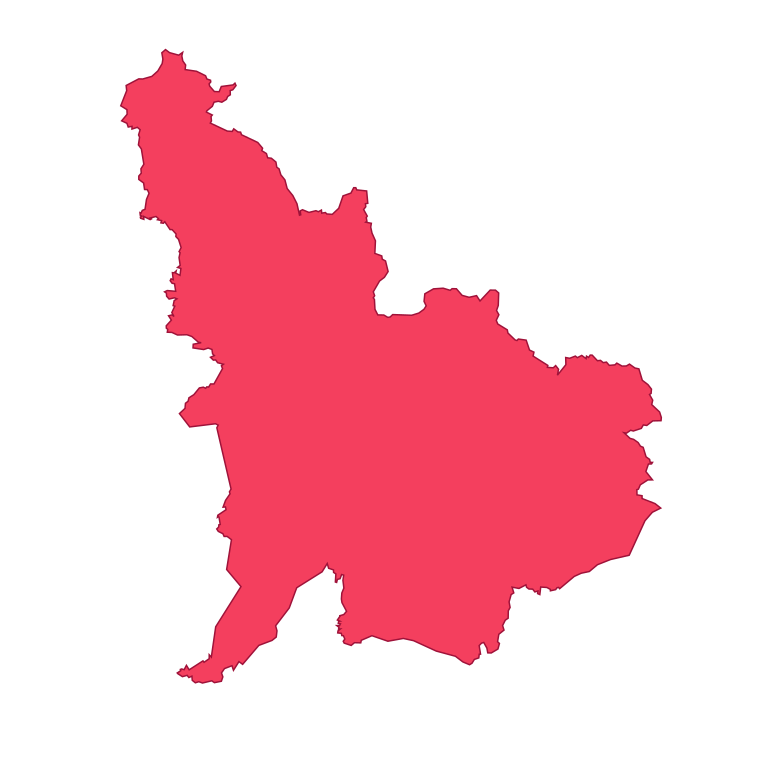 outline of Tecolotlán, Jalisco, Mexico, rotated 5°
{"feature_id": "50627088B33659977018142", "entity_name": "Tecolotlán", "entity_type": "district", "adm_level": 2, "iso_a3": "MEX", "parent_name": "Mexico", "parent_adm1": "Jalisco", "projection": "mercator", "projection_center": [-104.055, 20.276], "detail": "fine", "context": "isolated", "style": "filled", "palette": "rose", "viewbox_px": 768, "rotation_deg": 5, "n_neighbors": 0, "source": "geoboundaries", "source_scale": "gbopen_adm2", "svg_char_len": 6145}
<svg xmlns="http://www.w3.org/2000/svg" viewBox="0 0 768 768"><g transform="rotate(5 384 384)"><path d="M125.9,97.8L117.0,101.2L113.1,101.4L101.1,109.1L102.1,114.2L97.5,129.8L104.0,133.1L104.6,137.7L99.7,144.7L105.2,146.7L106.8,150.3L110.5,149.3L110.7,152.0L115.9,149.8L118.9,151.9L117.8,157.3L119.0,159.4L118.5,167.2L121.8,171.0L125.6,186.0L123.1,190.8L123.8,195.1L121.6,198.2L121.9,201.6L127.0,204.7L128.5,211.1L131.3,211.0L133.3,214.5L131.3,220.8L130.7,230.8L128.1,232.1L127.0,235.0L126.0,234.6L126.5,237.2L128.2,237.9L126.7,239.0L127.1,240.1L130.4,240.9L130.0,238.0L136.7,240.6L137.9,239.8L136.6,239.0L142.3,237.0L144.9,238.9L144.0,240.1L148.2,240.6L147.7,242.9L150.2,243.1L151.5,241.5L157.4,248.8L159.5,248.7L163.8,252.7L163.8,255.3L166.7,257.8L170.0,265.8L168.3,270.0L169.4,271.0L168.8,275.9L170.6,283.6L168.2,285.9L171.6,286.6L171.3,293.5L166.8,291.7L167.1,289.5L165.2,291.5L163.5,291.5L164.9,298.4L162.7,297.8L162.0,299.7L164.1,302.1L166.6,302.4L168.4,309.8L159.9,309.8L157.4,311.3L159.3,312.4L159.8,315.5L162.5,318.1L167.7,316.4L170.3,317.2L167.7,319.2L167.1,324.3L168.8,324.7L166.4,331.3L168.9,335.1L166.9,333.6L163.4,334.8L166.6,338.9L162.0,345.0L162.3,347.4L163.8,348.4L163.6,351.3L168.2,351.1L174.0,353.2L183.4,352.1L188.4,353.4L195.4,358.5L198.3,358.8L190.5,361.0L190.6,364.7L201.4,365.4L205.7,363.5L209.6,364.6L210.6,368.9L212.5,370.5L208.8,372.5L211.9,375.1L214.2,374.7L216.4,377.3L222.3,378.3L220.4,380.0L221.8,382.7L214.6,398.8L211.2,399.1L209.6,402.3L207.7,402.3L206.7,403.8L204.3,402.9L200.4,404.0L195.5,411.2L190.9,414.7L190.3,418.3L187.9,420.5L187.9,425.6L182.8,431.3L194.2,443.7L219.6,438.3L222.4,439.4L221.3,442.2L240.8,502.0L239.4,504.9L240.2,506.8L236.3,513.7L234.4,520.7L236.8,520.3L237.6,523.0L229.9,529.2L229.7,531.3L230.7,530.5L231.3,531.3L233.1,538.2L231.8,538.6L231.7,541.0L230.0,543.0L231.8,545.3L236.6,547.2L238.0,549.8L241.0,549.5L245.6,552.4L243.4,582.5L259.2,598.3L237.5,640.5L235.8,671.1L233.5,669.0L233.8,672.9L229.0,676.9L227.8,675.6L214.8,685.7L211.7,681.5L209.8,686.0L207.3,685.5L206.0,686.1L206.5,687.3L203.2,689.9L203.9,690.6L208.7,693.1L213.3,691.4L215.2,693.4L218.1,691.8L218.8,695.9L222.1,698.1L225.5,696.7L229.2,697.7L238.3,694.7L241.1,696.3L247.9,694.3L249.0,689.8L247.3,686.0L249.9,681.4L257.1,677.9L259.0,682.3L263.7,673.2L267.6,675.6L282.1,655.3L294.8,649.2L298.7,645.5L298.9,639.2L297.1,634.3L309.1,615.4L314.8,594.6L338.7,576.5L343.1,567.8L344.9,572.4L349.9,573.6L350.2,576.1L352.6,577.4L352.8,585.5L354.1,585.8L354.6,582.7L357.2,581.8L358.4,577.5L360.5,577.9L360.2,583.2L361.8,590.8L360.2,595.9L360.3,601.9L361.2,605.5L366.5,613.7L364.0,617.2L359.6,618.9L360.5,619.0L358.1,623.2L360.7,624.1L359.5,624.4L359.3,626.5L361.5,626.7L360.8,628.5L358.1,628.8L360.3,630.3L360.1,632.0L361.9,631.8L359.7,633.9L359.6,636.0L363.2,636.1L363.9,638.3L365.5,638.3L367.2,641.5L365.8,643.8L366.9,645.6L374.1,647.3L377.1,644.3L383.4,643.9L383.7,641.3L393.9,635.8L410.3,639.9L425.4,635.8L435.8,637.1L459.3,645.5L478.9,649.0L486.8,654.0L493.7,656.2L496.0,654.5L498.0,650.5L502.3,648.6L502.4,644.9L503.7,644.7L501.6,636.3L503.7,633.7L505.9,632.8L509.5,638.1L510.8,642.8L514.3,642.6L520.6,638.1L521.6,632.4L519.6,630.8L520.2,623.3L525.0,618.7L523.2,614.3L525.4,608.7L528.1,606.5L527.6,599.1L529.1,595.6L527.6,590.2L529.0,582.7L531.5,580.8L529.3,575.2L536.3,575.9L542.9,571.7L543.7,574.0L546.2,575.6L550.0,575.4L552.4,578.0L555.4,576.8L555.3,579.4L557.6,580.2L557.8,572.6L564.0,572.5L567.6,574.1L567.8,575.5L572.9,573.9L574.2,571.8L575.7,571.4L576.8,572.6L590.3,559.1L597.0,555.3L604.9,552.9L612.4,545.4L625.0,539.1L643.2,533.2L655.9,497.5L662.5,488.4L670.5,483.5L664.4,479.5L651.1,475.6L650.8,472.8L645.7,472.4L645.1,467.2L646.6,466.6L648.1,462.1L655.1,456.6L659.8,456.1L652.5,448.4L654.4,440.7L657.5,440.3L658.3,438.7L656.0,438.8L655.2,436.0L651.4,433.7L647.7,424.5L644.9,423.6L642.3,420.2L637.5,417.4L633.8,416.7L627.3,411.6L629.9,411.8L633.7,408.6L636.5,409.1L644.2,405.8L645.9,402.2L649.4,402.4L655.0,397.3L663.2,396.4L663.2,393.2L661.0,387.9L652.5,381.2L653.1,376.7L649.4,371.3L650.9,370.1L650.9,365.8L647.0,361.6L641.0,357.8L636.6,346.7L632.6,346.2L626.8,342.8L623.9,344.9L619.6,345.4L614.1,342.9L612.4,344.8L606.8,345.8L603.7,342.8L600.5,343.6L597.6,341.6L594.6,342.2L588.9,337.1L586.9,337.2L585.5,339.7L583.3,338.6L583.1,341.1L578.5,338.3L574.3,340.9L572.2,339.5L566.7,342.2L562.7,341.8L563.5,348.9L556.0,360.1L556.6,354.1L553.4,350.7L551.2,353.1L545.3,353.2L545.6,351.2L530.1,343.2L530.6,339.2L526.0,337.5L521.8,327.9L513.9,327.5L512.7,329.1L510.8,328.7L503.0,322.4L502.1,319.3L492.1,314.3L490.3,310.8L492.4,305.0L489.7,301.0L491.0,295.8L490.3,283.3L486.9,280.8L481.6,281.2L472.4,292.9L468.5,287.9L461.2,290.2L454.1,288.9L447.8,282.8L443.5,283.1L441.8,284.9L434.6,283.4L425.0,284.9L416.8,290.6L416.7,298.2L419.2,302.5L417.3,306.1L412.5,310.3L405.6,313.1L386.6,314.1L384.3,316.7L382.0,317.3L377.8,315.3L371.8,315.7L368.5,310.4L367.1,300.6L365.8,299.1L367.0,296.9L365.3,293.1L370.6,281.8L375.1,277.7L378.3,271.6L374.8,261.3L371.4,259.8L370.6,256.6L363.5,254.7L363.0,242.1L358.9,234.7L357.1,228.9L357.4,225.0L351.7,224.4L352.8,223.3L351.8,219.8L352.7,218.2L348.5,212.0L350.4,209.0L349.8,206.0L352.1,205.4L349.9,193.2L339.9,193.0L338.8,190.9L336.7,191.1L334.4,196.7L326.8,200.1L323.6,212.9L317.7,219.5L312.2,219.6L310.7,218.3L307.1,219.2L306.5,216.2L303.6,218.1L301.1,217.3L294.3,219.6L287.6,217.5L285.4,218.9L286.3,222.7L285.1,223.2L281.6,212.0L276.8,204.3L270.5,197.7L267.5,189.3L263.0,184.6L260.7,178.8L258.3,177.4L257.0,172.3L252.1,168.9L248.4,168.8L246.8,164.7L241.9,162.2L242.5,159.7L237.2,154.4L220.3,148.1L219.2,145.6L216.5,145.6L212.1,142.9L210.8,145.6L205.9,145.7L188.2,139.2L189.2,137.0L188.4,132.6L189.5,131.0L183.4,128.6L183.6,127.4L188.8,122.3L190.1,118.1L194.3,116.8L197.9,117.4L202.2,114.2L203.2,111.2L205.7,109.3L205.2,105.1L207.7,104.1L210.6,99.6L209.3,97.3L207.6,99.2L196.0,101.8L194.3,107.2L189.5,107.4L184.4,102.5L183.6,100.3L185.1,98.2L184.7,96.5L181.0,95.6L179.4,92.5L170.0,88.8L158.5,88.1L158.6,83.5L155.4,79.7L154.0,74.8L154.5,71.2L150.8,74.3L141.5,72.6L137.2,69.9L133.8,73.4L135.4,79.6L135.1,84.1L131.4,91.9L125.9,97.8Z" fill="#f43f5e" stroke="#9f1239" stroke-width="1.5"/></g></svg>